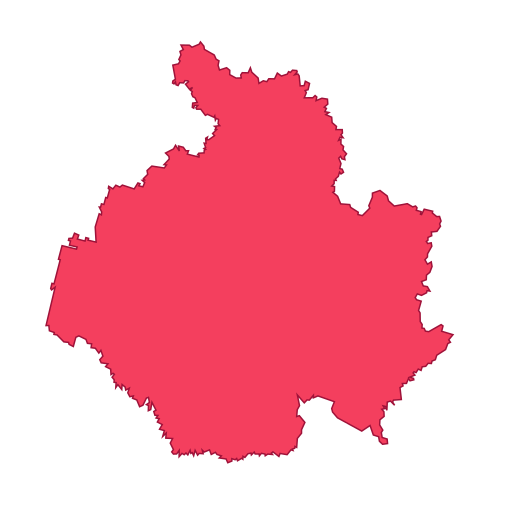 outline of Oberon, New South Wales, Australia, rotated 5°
{"feature_id": "25037944B83786043255817", "entity_name": "Oberon", "entity_type": "district", "adm_level": 2, "iso_a3": "AUS", "parent_name": "Australia", "parent_adm1": "New South Wales", "projection": "mercator", "projection_center": [149.791, -33.845], "detail": "fine", "context": "isolated", "style": "filled", "palette": "rose", "viewbox_px": 512, "rotation_deg": 5, "n_neighbors": 0, "source": "geoboundaries", "source_scale": "gbopen_adm2", "svg_char_len": 6031}
<svg xmlns="http://www.w3.org/2000/svg" viewBox="0 0 512 512"><g transform="rotate(5 256 256)"><path d="M52.9,343.6L55.7,343.3L56.7,348.5L61.7,349.8L61.5,351.7L64.7,352.0L72.1,358.3L76.8,358.4L77.5,360.3L81.9,362.1L83.6,352.7L86.5,351.0L93.9,353.9L95.7,357.7L99.9,357.8L99.7,361.7L104.0,361.9L107.9,366.4L109.7,363.5L112.2,369.1L109.4,372.9L111.1,375.9L117.9,376.3L115.8,379.3L121.1,381.4L121.9,386.8L123.8,385.3L125.2,386.2L123.2,389.3L125.5,391.6L125.6,394.2L127.7,394.3L127.8,399.3L129.6,396.2L133.9,400.7L133.8,395.7L137.1,398.0L137.9,400.9L141.3,398.7L140.2,403.5L142.6,407.2L146.0,406.1L145.4,408.5L149.8,409.8L153.2,416.3L156.4,414.5L159.2,407.1L161.2,406.2L162.6,411.2L159.8,413.6L161.9,414.3L162.2,419.5L164.5,418.2L165.1,410.8L169.8,418.3L167.7,419.8L169.2,423.5L172.2,423.4L170.6,426.1L173.7,426.5L172.2,430.0L177.3,432.1L175.0,437.0L179.9,437.9L178.8,443.9L182.0,440.2L182.0,445.3L188.8,445.1L186.9,449.9L190.6,456.0L189.1,458.5L191.0,460.5L194.2,460.1L196.4,456.4L196.9,462.6L199.5,459.1L201.8,460.2L203.4,458.4L205.4,460.1L207.3,455.3L208.3,458.3L209.6,457.4L211.3,460.4L212.3,454.9L215.2,459.5L216.6,457.6L220.6,457.6L219.4,454.1L221.5,455.8L226.6,453.2L228.7,457.6L232.7,455.1L234.4,457.1L238.9,458.1L237.0,460.4L243.9,460.8L245.9,464.4L249.8,462.4L249.6,460.0L253.0,460.8L254.4,459.4L255.4,461.6L259.4,458.8L260.6,459.6L260.5,456.7L262.5,457.6L265.2,453.7L268.2,452.8L268.7,454.6L271.3,451.5L272.4,453.3L276.4,453.0L276.8,454.7L278.6,452.1L282.2,452.5L282.6,454.2L285.0,452.3L289.7,452.3L288.5,451.0L289.9,449.6L296.3,453.7L297.2,450.6L304.3,451.2L307.7,446.1L309.8,446.5L309.0,445.1L311.3,444.2L311.4,442.3L313.2,443.1L313.1,434.1L316.8,428.6L316.5,425.1L319.2,417.5L313.1,411.3L310.5,412.4L310.5,405.5L312.4,401.3L309.3,390.8L316.9,398.1L319.4,394.9L321.7,394.9L325.3,389.8L325.5,392.3L329.9,390.0L346.8,394.3L344.7,401.4L345.9,404.8L351.3,410.1L376.6,421.2L384.4,414.9L388.5,424.1L393.9,425.3L395.1,429.8L398.5,432.5L403.4,431.4L402.6,426.9L397.5,425.8L396.2,420.9L397.5,418.4L393.9,413.5L393.7,408.4L397.6,404.6L397.0,400.0L394.7,397.7L397.6,396.8L395.7,394.2L398.2,394.6L399.8,398.3L399.5,390.1L402.6,388.8L407.1,392.6L404.8,389.6L405.5,387.6L413.3,386.3L410.9,374.5L413.8,372.6L412.9,370.3L417.0,369.8L418.6,364.7L420.3,366.9L424.0,365.6L423.6,364.2L419.7,363.3L424.7,360.8L422.7,358.8L423.5,357.5L425.6,358.2L427.5,354.5L430.4,355.6L431.2,351.9L434.7,351.1L436.8,347.9L440.1,347.8L440.5,345.3L443.7,343.7L444.7,339.1L453.0,332.7L454.7,326.5L457.2,325.0L455.3,322.7L459.1,317.2L447.5,314.8L448.4,309.4L446.4,308.2L434.7,316.3L431.3,316.1L429.9,313.5L427.6,313.3L427.5,309.7L425.3,307.0L424.4,298.4L422.7,296.1L424.5,286.6L419.8,285.6L418.2,283.6L420.0,279.7L424.3,280.8L429.1,277.8L429.4,275.6L432.3,275.8L429.4,271.6L425.2,271.2L423.1,267.0L427.7,264.8L427.5,260.2L430.6,257.1L432.3,251.1L431.1,246.6L427.5,249.2L424.6,245.0L426.9,242.0L426.7,238.9L430.3,230.9L429.4,227.6L425.9,228.6L424.4,226.6L425.9,225.4L425.7,222.5L429.3,220.5L428.6,216.8L434.1,215.7L437.2,210.3L436.1,208.1L437.3,205.1L435.4,200.6L432.6,201.0L427.9,197.8L428.1,196.0L419.5,194.7L417.3,200.3L416.2,200.1L416.6,197.4L411.7,196.5L412.2,193.9L410.6,192.3L407.8,193.4L402.2,190.7L389.4,194.2L383.2,189.5L381.5,184.8L373.8,179.9L366.5,183.2L366.8,187.3L364.0,196.1L365.2,198.4L358.4,206.5L353.9,205.8L354.1,203.5L346.0,199.3L344.9,196.6L335.8,196.7L332.1,189.4L327.0,185.8L328.5,184.7L328.2,180.0L325.4,179.7L327.5,177.2L327.3,173.8L329.3,173.7L328.5,172.2L331.1,169.4L331.9,165.2L333.5,166.9L335.9,165.0L334.3,162.0L331.8,161.6L332.6,156.5L329.9,151.3L331.6,149.3L333.0,151.7L336.2,152.3L335.4,149.4L337.3,146.3L333.4,142.7L333.7,139.3L330.8,137.0L330.5,132.4L328.2,133.6L329.3,130.4L332.5,130.6L330.1,127.8L331.4,126.0L330.9,122.6L324.6,123.1L324.9,119.9L320.2,116.5L319.3,111.1L313.2,109.1L316.2,106.7L312.0,106.2L313.3,102.8L311.0,101.8L314.3,98.4L313.5,93.5L307.9,93.1L302.3,96.0L302.7,92.3L300.9,91.0L298.8,93.4L290.3,94.2L291.9,88.9L290.5,86.9L293.4,85.8L294.3,79.4L289.9,77.6L289.1,82.1L285.2,82.7L283.3,72.8L281.8,71.0L278.8,72.0L281.0,69.0L280.4,67.7L276.2,67.7L274.3,70.1L272.4,69.5L271.3,72.1L265.6,74.5L261.3,71.9L259.0,77.9L253.3,78.3L251.6,81.4L248.0,80.8L243.9,83.8L242.6,78.5L235.8,73.3L234.0,69.0L232.2,74.2L226.3,74.6L225.0,77.0L225.8,79.9L220.6,80.5L214.0,77.6L213.7,73.3L210.3,71.0L203.4,73.9L201.6,69.3L202.1,64.8L199.1,63.4L196.9,59.4L186.6,54.7L185.8,51.5L182.0,47.6L180.9,50.0L174.0,53.6L171.3,51.8L162.9,52.4L165.6,56.7L162.4,58.8L163.7,62.2L162.0,67.0L163.4,68.3L162.0,71.3L156.5,73.1L160.3,86.9L157.9,88.9L157.8,91.0L159.3,91.7L160.6,89.5L161.4,92.4L163.5,93.0L164.9,90.0L168.8,89.9L169.9,87.5L172.9,87.4L173.6,88.3L170.8,91.0L175.1,95.6L178.1,93.6L176.2,96.6L178.2,97.8L177.6,99.9L179.2,102.8L181.5,103.7L184.1,108.2L179.6,109.2L179.6,113.5L181.1,114.2L181.5,111.3L184.9,111.1L183.2,113.5L184.0,114.9L188.2,114.6L193.3,120.3L195.3,119.1L202.1,121.5L202.7,120.1L203.7,124.2L204.5,122.4L206.8,123.2L206.7,127.5L208.5,129.3L203.4,130.4L205.1,131.5L204.3,133.5L205.7,133.5L202.1,137.8L204.2,139.7L198.9,144.2L196.8,144.5L197.3,141.8L195.6,143.1L196.4,148.2L194.5,148.1L196.4,152.4L194.8,153.4L196.5,154.2L195.2,155.0L195.3,157.8L190.0,158.6L189.0,160.3L190.5,160.5L190.5,162.4L178.7,160.5L179.6,157.0L176.9,157.3L174.1,154.0L169.3,153.2L170.5,158.1L166.2,152.7L164.5,156.5L156.9,161.3L160.6,164.4L161.1,167.0L156.4,173.0L158.9,173.1L157.0,176.3L144.4,175.5L140.0,180.4L141.0,184.1L137.1,188.7L138.4,189.9L136.0,190.5L138.7,192.5L137.3,196.9L133.1,196.3L134.1,194.0L132.0,193.5L128.8,199.8L116.7,197.0L114.4,199.2L110.2,197.7L107.6,201.6L103.2,199.4L103.0,201.6L104.4,202.5L102.8,211.1L101.2,210.8L100.0,217.9L97.5,217.5L96.9,220.9L95.6,220.9L98.4,225.5L98.4,228.5L96.1,227.6L93.3,241.1L95.5,256.1L87.3,254.9L87.7,253.0L84.9,252.5L84.4,256.0L76.6,254.7L77.6,250.6L73.2,249.1L71.7,254.2L68.1,254.8L67.8,256.8L69.9,257.2L69.2,261.5L77.0,262.6L76.6,264.8L61.9,262.6L59.5,276.5L61.3,276.8L57.2,301.4L55.1,301.0L54.3,306.3L55.3,307.6L58.6,304.6L52.9,343.6Z" fill="#f43f5e" stroke="#9f1239" stroke-width="1.5"/></g></svg>